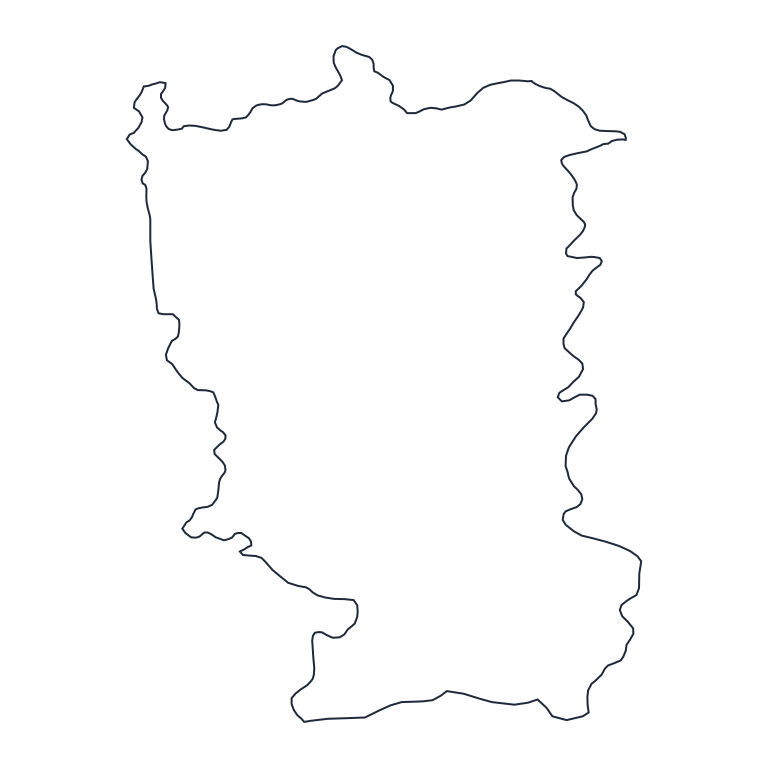 the district of Kobryn, Brest, Belarus
{"feature_id": "67162791B1192676397695", "entity_name": "Kobryn", "entity_type": "district", "adm_level": 2, "iso_a3": "BLR", "parent_name": "Belarus", "parent_adm1": "Brest", "projection": "mercator", "projection_center": [24.483, 52.154], "detail": "fine", "context": "isolated", "style": "outline", "palette": "slate", "viewbox_px": 768, "rotation_deg": 0, "n_neighbors": 0, "source": "geoboundaries", "source_scale": "gbopen_adm2", "svg_char_len": 5755}
<svg xmlns="http://www.w3.org/2000/svg" viewBox="0 0 768 768"><path d="M531.7,81.0L527.9,81.3L518.9,80.5L511.0,80.5L504.2,82.0L496.8,83.4L490.2,84.8L483.3,87.8L477.5,92.8L473.3,97.5L470.8,100.4L464.3,104.5L455.7,106.5L450.2,107.4L441.6,109.6L436.1,108.3L430.5,107.8L424.0,109.2L418.2,112.1L415.6,113.1L407.1,113.1L403.8,109.3L398.8,105.8L392.7,103.0L390.6,101.4L390.3,97.8L391.0,95.2L392.1,93.1L392.9,90.8L393.0,85.8L389.5,80.1L383.9,77.2L378.0,72.8L374.3,71.3L373.7,68.2L373.6,63.8L372.2,59.7L369.2,57.0L366.2,56.1L362.1,55.0L356.4,52.6L353.0,50.5L349.0,48.1L346.0,46.7L342.0,46.1L337.5,48.4L335.7,50.2L333.5,56.5L333.7,62.8L336.1,68.2L338.2,71.7L340.5,76.1L342.0,80.2L337.9,85.7L335.1,88.1L329.6,90.5L326.4,91.7L322.0,93.6L318.5,96.7L316.4,98.6L313.5,99.9L306.7,101.8L304.6,101.8L299.6,101.4L297.1,100.7L292.7,98.9L289.9,98.9L287.1,99.6L284.7,101.3L282.4,103.3L279.8,104.3L276.2,105.1L273.5,105.4L270.4,105.2L265.9,104.3L262.4,104.2L259.4,104.6L256.3,105.5L254.4,106.9L252.5,108.3L250.3,112.2L248.6,114.6L246.0,117.4L241.6,118.4L233.9,119.0L232.4,119.5L231.1,122.1L229.3,126.8L226.6,129.8L220.7,130.8L212.8,129.6L203.5,127.5L195.8,125.9L189.5,125.5L183.8,126.2L181.8,128.7L177.5,129.6L172.4,130.2L168.6,129.0L165.9,125.8L164.8,122.9L164.0,119.2L164.2,115.9L165.7,113.1L167.3,110.4L168.1,107.0L166.6,104.7L162.9,100.9L161.0,97.8L161.0,94.0L163.3,90.9L165.2,87.8L165.5,83.1L161.4,82.4L159.8,82.2L155.5,83.6L151.9,84.5L149.1,85.7L146.0,86.2L143.8,86.5L141.5,92.3L139.9,95.0L136.5,99.5L134.6,102.1L133.9,107.8L139.1,111.5L142.5,117.5L141.5,122.2L138.4,127.9L133.7,132.9L129.7,134.5L127.0,138.8L126.8,139.0L130.6,144.3L135.8,149.0L138.7,150.9L142.2,154.2L146.0,156.8L147.9,161.1L147.2,169.1L145.1,172.9L142.5,175.8L141.5,179.6L142.7,183.4L145.3,185.0L146.5,188.6L146.3,195.9L146.5,201.6L147.7,207.8L149.6,214.9L150.3,219.2L150.3,225.8L150.3,241.0L151.5,259.5L153.6,288.6L156.0,299.0L156.7,304.3L156.9,308.8L158.6,313.3L163.3,314.2L167.8,314.2L172.8,314.2L176.1,317.3L179.0,319.9L179.4,324.2L179.2,328.0L178.7,333.2L177.8,336.7L175.4,338.9L171.9,340.8L168.3,347.9L165.9,354.7L166.9,360.2L172.3,364.2L176.4,370.4L179.0,373.9L182.5,378.0L189.6,383.4L194.1,388.2L197.9,390.1L205.8,390.3L210.3,391.2L213.3,392.4L215.0,396.2L216.7,401.2L218.3,405.0L217.5,411.8L216.6,416.1L214.9,422.4L217.0,427.4L220.2,430.3L223.0,432.2L225.5,435.2L225.4,438.7L223.4,441.7L220.1,444.1L217.2,446.9L214.2,449.9L214.6,454.0L218.6,457.9L222.6,462.0L224.9,465.5L225.5,470.2L224.5,472.8L221.9,476.0L220.1,479.0L219.0,482.8L218.7,486.8L218.1,492.2L217.2,498.0L212.2,504.8L207.5,506.9L202.2,507.5L198.5,508.3L195.6,509.4L193.2,514.1L192.0,517.1L189.6,520.4L186.4,522.4L184.7,525.1L182.3,528.7L185.4,533.0L191.1,537.3L195.6,537.7L198.6,537.0L200.5,535.8L203.6,533.0L204.8,532.5L207.7,532.5L211.2,534.2L215.7,537.3L224.0,540.3L228.5,539.1L232.1,537.5L234.9,533.9L237.8,533.0L241.3,533.0L245.3,535.8L248.9,538.2L251.0,541.5L251.3,545.5L247.9,547.0L243.9,549.6L239.9,551.5L243.0,555.0L251.0,555.7L255.8,556.0L261.5,557.9L264.8,561.2L272.6,570.0L280.7,576.8L288.2,582.8L297.7,585.8L302.9,586.8L306.0,587.3L308.9,588.9L312.9,592.5L317.4,595.3L325.2,597.5L334.2,598.9L344.2,599.1L349.2,599.6L353.7,600.1L357.2,605.3L357.7,611.7L357.2,616.9L354.8,623.5L351.3,626.6L347.7,629.5L344.4,634.4L339.7,637.3L332.8,637.8L327.4,635.4L321.9,632.3L318.3,632.1L314.8,632.8L312.9,635.9L312.2,640.4L313.4,658.6L314.3,668.1L313.8,675.0L312.7,678.8L311.2,680.9L307.2,685.2L301.0,689.2L295.6,693.5L291.6,698.2L291.6,703.9L293.7,709.8L297.2,715.0L302.0,719.3L304.2,721.9L310.8,720.8L327.6,718.8L346.3,718.2L365.0,717.5L379.1,710.5L390.7,705.3L401.7,702.1L422.3,701.4L432.6,700.2L441.0,695.6L446.8,691.1L463.5,693.7L480.3,698.9L491.9,702.1L514.4,704.7L527.9,702.7L537.6,699.5L546.6,707.9L552.4,716.3L566.6,720.1L582.7,716.3L588.7,712.5L587.6,705.1L587.4,697.2L588.1,690.4L591.6,683.7L595.2,680.9L601.6,674.7L604.9,668.6L608.0,665.5L614.4,663.1L620.6,660.5L623.2,656.9L625.8,650.6L626.5,644.9L630.5,638.9L633.4,633.7L633.1,628.3L627.9,621.9L622.2,616.2L619.8,610.0L621.5,605.0L627.2,600.5L630.5,598.4L636.4,595.1L639.0,588.2L639.3,573.5L640.7,564.7L641.2,561.2L637.4,556.2L630.0,551.0L619.1,546.0L605.1,541.5L593.3,538.4L581.7,535.6L573.6,531.1L565.8,524.9L562.7,519.9L563.7,514.0L565.6,511.4L569.8,509.5L576.7,507.1L580.4,504.1L582.3,499.2L581.3,494.3L577.8,489.9L574.0,486.3L571.9,483.0L569.0,478.3L567.5,471.7L565.6,466.2L566.0,455.8L568.9,447.3L576.0,436.2L584.1,427.0L592.3,418.8L596.0,413.3L596.7,409.6L595.6,404.0L595.6,399.2L592.6,395.8L587.1,394.7L579.7,394.7L573.8,397.7L569.3,400.3L561.9,401.4L557.8,397.3L559.3,392.9L563.8,389.9L568.2,387.3L573.4,381.8L579.1,376.6L583.1,368.9L582.3,363.6L578.5,359.6L573.7,356.3L569.3,352.5L564.6,348.1L563.5,343.9L563.5,338.6L566.4,334.0L570.3,328.4L573.4,323.0L578.6,315.4L581.4,310.7L583.1,307.3L583.8,302.1L580.5,297.9L577.7,296.0L575.8,294.3L575.8,291.2L578.8,288.4L581.7,285.5L586.7,279.1L589.5,274.6L592.6,270.6L596.9,267.3L600.4,264.7L601.8,261.1L599.7,258.0L594.7,257.1L591.2,256.8L583.1,257.6L576.9,258.0L567.5,256.1L566.0,253.5L566.5,248.5L569.8,245.2L573.6,241.0L580.0,234.8L582.8,231.3L584.6,227.5L585.2,224.5L583.8,221.9L579.7,218.0L576.7,215.1L573.7,210.2L572.8,205.2L572.6,197.2L574.3,192.6L576.4,188.8L576.9,184.7L575.2,180.6L572.3,176.2L569.6,172.7L565.6,168.3L562.6,164.9L561.8,162.9L561.2,160.2L564.1,157.0L569.6,155.0L577.5,153.2L586.7,151.4L591.6,149.1L599.9,145.9L603.3,144.1L608.3,143.6L611.9,141.0L617.1,139.7L622.8,139.4L625.6,139.9L625.9,138.0L624.5,134.2L620.1,131.8L615.4,131.3L606.1,131.0L599.6,130.7L594.6,129.2L590.8,126.2L587.8,119.7L586.4,115.6L582.6,110.4L578.6,106.5L573.8,103.3L568.0,100.4L562.0,97.2L554.5,91.3L550.2,88.7L545.8,88.0L539.8,86.1L535.5,84.0L532.3,81.9L531.7,81.0Z" fill="none" stroke="#1e293b" stroke-width="2"/></svg>